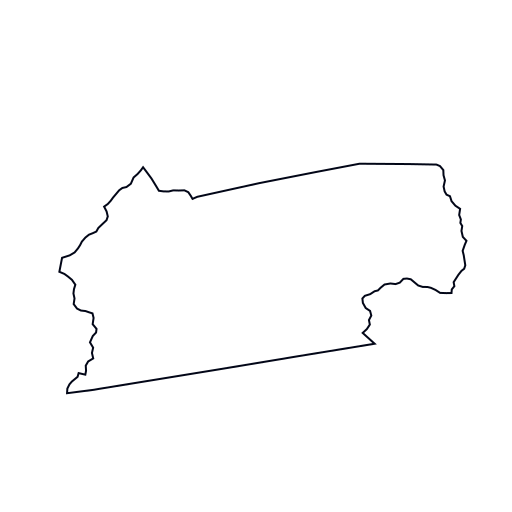 outline of Garuva, Santa Catarina, Brazil, rotated 170°
{"feature_id": "56859067B65875190206725", "entity_name": "Garuva", "entity_type": "district", "adm_level": 2, "iso_a3": "BRA", "parent_name": "Brazil", "parent_adm1": "Santa Catarina", "projection": "albers", "projection_center": [-48.862, -26.067], "detail": "fine", "context": "isolated", "style": "outline", "palette": "ink", "viewbox_px": 512, "rotation_deg": 170, "n_neighbors": 0, "source": "geoboundaries", "source_scale": "gbopen_adm2", "svg_char_len": 1939}
<svg xmlns="http://www.w3.org/2000/svg" viewBox="0 0 512 512"><g transform="rotate(170 256 256)"><path d="M159.5,164.8L155.8,168.7L155.9,173.3L152.8,177.3L153.2,182.1L157.0,185.7L158.9,191.2L158.6,195.7L155.7,197.9L150.2,198.6L145.3,200.7L141.9,200.9L138.8,203.1L134.4,205.6L128.4,205.6L123.4,204.1L119.0,204.8L114.8,207.9L111.3,207.6L107.6,206.2L105.0,203.1L101.4,198.8L97.2,196.6L92.5,195.7L89.3,194.3L85.1,191.4L81.1,187.7L75.0,186.4L69.9,185.6L69.0,189.1L65.9,191.8L65.9,195.9L63.5,198.5L59.9,202.4L56.2,205.7L53.2,207.3L51.5,210.5L51.4,215.7L51.3,220.6L51.6,225.2L48.4,230.9L46.1,234.4L49.0,238.9L49.3,245.0L47.7,249.7L49.0,253.1L47.9,256.4L48.8,261.1L46.8,267.0L50.9,270.9L53.9,276.0L54.6,281.2L57.7,283.3L59.0,286.8L59.2,291.8L56.8,297.6L57.3,303.0L56.6,308.1L59.2,312.6L62.4,314.7L89.0,319.9L138.0,328.9L182.3,328.3L239.9,327.2L303.5,324.5L308.6,323.3L309.8,326.6L311.6,330.6L315.1,333.1L320.7,333.9L326.1,335.0L330.8,334.7L335.9,335.7L340.3,337.1L342.0,341.6L345.5,350.5L349.7,358.9L351.8,363.0L354.6,360.3L358.4,357.3L362.9,354.6L366.7,348.9L371.6,346.4L375.8,346.2L379.3,344.5L383.0,341.4L386.6,338.4L389.6,335.5L393.0,332.9L397.0,331.0L395.4,325.8L395.1,320.7L397.0,317.2L401.9,314.0L406.4,311.0L409.0,307.8L412.8,306.8L416.8,306.0L420.8,303.8L425.0,300.4L427.3,297.3L430.0,294.4L434.0,291.0L439.3,289.0L442.8,288.5L447.3,287.9L452.4,274.6L447.8,271.6L444.8,268.5L441.4,264.5L438.9,259.1L441.0,255.0L442.3,250.8L442.1,245.7L443.9,240.3L441.4,235.3L437.9,232.7L433.5,231.4L430.1,229.5L427.0,227.9L426.7,223.2L428.7,217.2L425.7,211.9L426.8,208.4L430.6,205.6L434.5,199.8L432.3,194.0L434.4,189.0L434.1,183.4L439.6,181.3L442.7,177.6L443.3,172.5L444.7,168.8L447.8,170.1L451.0,171.5L452.7,168.0L456.2,166.0L459.2,164.3L462.0,162.0L464.8,158.2L465.9,153.7L438.9,152.4L433.6,152.4L311.6,150.8L253.6,150.2L246.5,150.1L242.2,150.1L232.2,150.0L154.4,149.0L164.3,161.7L159.5,164.8Z" fill="none" stroke="#020617" stroke-width="2"/></g></svg>